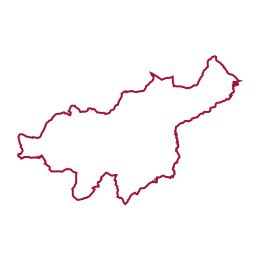 outline of Da Krong, Quảng Trị, Vietnam, rotated 93°
{"feature_id": "81297802B86066179794931", "entity_name": "Da Krong", "entity_type": "district", "adm_level": 2, "iso_a3": "VNM", "parent_name": "Vietnam", "parent_adm1": "Quảng Trị", "projection": "robinson", "projection_center": [106.951, 16.569], "detail": "fine", "context": "isolated", "style": "outline", "palette": "rose", "viewbox_px": 256, "rotation_deg": 93, "n_neighbors": 0, "source": "geoboundaries", "source_scale": "gbopen_adm2", "svg_char_len": 5758}
<svg xmlns="http://www.w3.org/2000/svg" viewBox="0 0 256 256"><g transform="rotate(93 128 128)"><path d="M199.5,178.7L202.3,174.9L202.4,173.8L201.1,169.0L200.3,168.0L200.0,165.9L199.1,164.8L198.6,163.4L194.9,160.3L191.4,158.1L191.0,158.1L190.2,159.7L189.8,160.3L189.5,160.1L188.1,156.4L188.0,155.6L188.3,154.6L188.1,154.2L186.6,154.4L185.5,155.1L184.4,155.4L183.9,155.2L183.5,154.9L183.3,153.7L182.7,152.9L181.3,152.6L180.7,151.8L180.3,151.8L179.6,152.4L178.4,151.9L177.2,150.5L173.7,147.5L174.2,146.2L176.2,142.5L176.4,141.3L175.6,138.2L175.6,137.1L177.7,138.0L179.8,138.4L180.6,138.8L181.1,138.4L181.5,137.3L182.3,137.4L183.6,137.1L185.2,137.4L187.0,135.5L188.7,135.6L190.3,134.7L193.3,135.4L195.2,134.7L197.4,134.9L197.6,133.8L198.4,132.4L198.0,131.4L199.2,129.8L202.7,128.2L204.2,126.8L201.7,124.6L199.9,124.2L199.3,123.5L195.0,121.5L194.6,121.2L194.4,120.5L193.4,119.8L192.3,117.5L193.6,116.1L193.6,115.3L192.7,114.7L191.6,114.6L190.6,113.6L188.7,113.0L187.6,112.1L187.2,109.0L186.7,108.0L182.2,103.8L181.4,102.5L180.4,100.0L180.1,100.0L180.3,99.5L180.6,99.3L179.9,98.4L180.9,97.5L180.8,96.6L180.3,96.3L178.8,96.5L178.2,96.2L178.1,95.7L177.7,97.0L177.6,96.7L177.4,96.9L177.3,96.6L176.5,96.6L176.3,96.0L175.9,96.1L176.1,95.3L175.6,94.4L175.6,93.3L175.3,92.8L174.3,91.9L173.8,90.3L173.8,89.5L174.7,88.3L175.0,84.8L175.1,83.8L175.3,83.7L175.0,83.3L175.5,83.0L175.1,82.5L174.5,82.5L174.4,82.0L174.2,82.2L173.9,82.0L173.9,81.8L174.2,81.8L174.1,81.4L174.6,81.1L174.8,80.6L172.0,79.7L171.6,79.1L171.0,79.0L169.7,79.6L169.1,79.3L168.1,80.1L167.7,80.1L167.5,80.8L166.8,81.1L165.3,80.9L164.8,80.4L161.7,80.0L160.0,78.4L160.3,77.9L159.6,77.0L159.0,77.2L156.9,76.6L155.2,75.7L154.4,75.0L153.3,75.2L150.4,77.0L148.9,77.8L148.8,78.6L148.5,78.9L147.5,78.5L146.7,78.7L146.3,78.1L145.8,78.5L144.6,77.5L144.5,76.9L144.1,76.7L143.3,77.0L142.6,76.9L142.2,77.4L141.7,77.2L141.3,77.7L140.2,77.5L139.9,78.3L139.5,77.9L138.3,78.3L138.1,77.8L137.2,78.3L136.4,78.1L135.6,78.8L135.2,79.4L134.4,79.1L133.5,79.5L133.2,79.0L132.1,79.1L132.1,79.9L131.8,80.5L130.9,79.7L130.5,80.3L129.4,80.2L129.3,80.8L129.1,80.9L127.1,80.3L124.3,80.1L123.7,78.8L122.4,77.8L120.3,75.4L120.2,73.9L119.9,73.2L118.2,71.7L117.8,69.4L118.2,67.4L117.4,66.8L117.2,65.8L116.5,64.9L115.2,64.5L113.7,60.1L113.6,59.2L112.3,58.4L110.4,56.7L109.5,54.7L109.7,53.6L108.6,53.3L107.9,52.6L107.8,48.4L107.5,47.7L106.8,47.3L106.7,46.9L103.7,46.6L102.2,42.0L99.2,41.5L98.6,41.1L98.2,40.3L97.9,38.1L97.0,35.9L96.1,34.5L96.0,33.6L95.5,32.4L93.9,31.2L94.4,29.6L94.1,29.5L93.5,28.1L91.4,27.7L91.3,26.8L90.6,26.7L89.8,27.7L89.6,27.3L89.6,26.4L88.9,26.8L88.4,26.8L87.9,26.3L87.2,24.8L86.2,24.2L85.1,24.3L84.3,24.7L83.6,24.7L83.3,25.2L82.3,24.8L81.6,25.3L80.4,24.0L79.9,25.4L79.6,25.6L78.9,25.0L78.8,24.7L79.5,23.4L79.4,22.1L79.6,21.6L79.0,21.1L78.9,20.5L78.7,20.3L78.0,20.6L78.1,21.9L77.8,22.3L78.5,23.2L77.2,24.6L77.0,25.2L76.7,25.2L76.3,24.8L76.4,23.5L76.1,21.7L75.1,19.2L74.9,20.5L72.0,22.9L69.8,25.8L69.4,26.8L68.8,29.7L67.9,31.2L67.4,31.7L66.1,32.2L63.0,34.8L62.4,35.6L61.8,35.6L61.1,36.0L61.0,36.5L60.1,37.0L59.0,38.6L57.9,39.4L57.5,40.6L56.4,42.2L56.4,42.7L55.7,43.3L54.3,43.7L52.3,43.8L51.8,45.2L52.8,47.6L53.2,48.1L55.1,49.1L55.2,50.3L56.2,51.3L56.9,51.4L57.2,51.8L58.3,51.9L62.7,51.4L63.4,52.5L64.4,52.9L65.4,53.7L66.5,55.2L68.2,55.7L69.9,56.5L71.2,56.1L73.9,58.0L77.1,59.5L79.0,60.3L80.1,60.4L81.8,61.9L82.0,64.6L83.7,66.5L84.7,68.5L85.0,69.4L84.7,70.1L85.1,71.0L85.2,71.8L84.3,74.6L83.7,77.6L83.9,82.1L83.6,83.3L83.8,84.4L80.0,85.5L74.5,86.1L74.9,86.7L75.8,89.5L76.1,92.6L78.1,97.0L76.6,99.1L76.2,100.1L75.1,101.5L73.8,104.4L72.8,105.8L72.0,107.9L74.0,106.9L74.5,106.1L75.4,105.3L76.2,105.1L77.6,105.3L79.3,105.9L80.4,106.9L81.6,108.6L83.9,110.2L84.9,111.9L87.1,112.4L87.6,112.8L89.9,114.0L90.3,115.2L90.3,116.1L91.5,121.1L91.6,123.3L90.8,125.9L91.2,127.1L91.7,130.2L92.4,131.4L92.4,131.7L91.4,132.2L92.2,134.1L94.1,136.2L95.5,135.9L97.7,136.2L101.3,138.3L105.5,139.4L105.7,140.7L106.2,141.4L107.3,142.2L109.9,143.0L110.4,143.5L111.2,145.9L112.1,146.5L114.0,147.3L115.3,151.4L114.2,152.3L114.1,153.7L114.5,155.5L114.0,157.8L114.0,159.7L111.3,162.2L110.8,163.0L111.3,165.0L110.5,165.8L110.4,167.7L110.9,168.8L112.5,169.1L113.2,169.9L114.1,172.0L113.9,174.2L114.4,175.2L114.5,175.9L114.3,176.7L112.8,177.3L111.5,178.5L109.9,181.4L109.3,181.9L108.6,182.2L108.7,185.2L109.5,186.2L112.3,187.1L114.0,188.0L114.4,188.0L115.3,186.2L115.7,185.9L117.1,186.3L118.2,186.3L118.3,187.0L118.0,187.8L117.0,188.7L116.7,189.3L116.8,191.7L115.9,192.3L115.8,192.9L116.0,193.8L117.2,195.9L117.4,198.4L117.9,200.4L118.5,201.3L121.7,204.0L123.1,204.4L123.9,204.9L124.2,205.8L125.0,207.2L126.5,208.5L127.1,209.4L127.9,209.9L133.5,211.6L137.2,213.6L141.4,215.2L141.7,215.5L142.3,216.6L142.7,218.3L142.4,219.3L142.4,220.9L142.0,222.3L142.8,222.9L141.7,229.4L140.4,231.6L139.8,233.4L139.9,235.1L140.2,235.9L141.9,236.8L143.8,236.7L146.6,235.8L148.0,235.6L149.0,235.0L149.6,234.9L150.8,233.8L152.6,234.3L154.3,232.7L155.8,232.1L157.0,232.2L159.7,234.0L159.8,234.4L159.6,235.6L159.8,236.0L161.4,236.3L162.0,235.8L163.2,233.5L164.1,233.2L163.7,231.6L162.9,231.0L162.2,229.2L162.5,228.2L162.0,226.2L162.4,225.5L162.4,224.6L162.8,223.5L162.7,222.1L162.3,221.1L162.5,220.5L162.2,219.2L162.5,217.6L161.7,216.9L162.3,216.5L162.3,216.0L162.6,215.0L161.6,214.8L161.6,213.9L160.7,213.8L160.0,212.6L164.3,209.7L164.9,208.9L165.9,209.0L166.5,208.5L167.0,208.4L168.0,209.2L168.5,207.9L169.8,206.4L170.4,204.7L171.7,204.0L173.4,204.3L174.1,203.4L175.0,202.8L175.5,201.8L175.2,200.5L175.2,198.2L174.8,194.4L175.1,191.4L173.3,189.2L171.9,186.4L172.3,185.4L172.4,182.8L174.0,181.3L174.6,180.2L175.5,177.1L177.9,177.3L185.7,176.9L187.9,178.1L189.0,178.3L192.0,180.5L192.8,179.9L198.1,179.6L199.5,178.7Z" fill="none" stroke="#9f1239" stroke-width="2"/></g></svg>